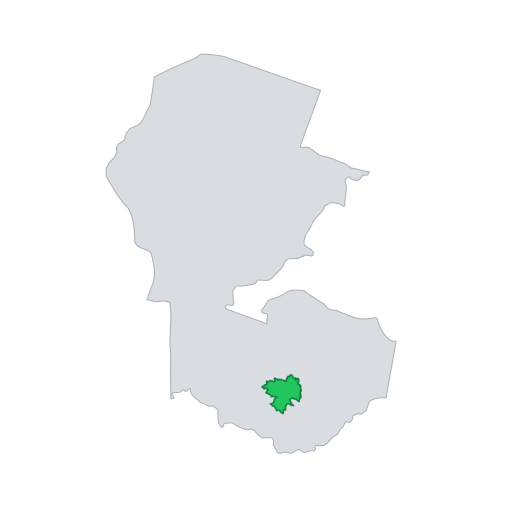 location of Shiwang'Andu, Muchinga, Zambia, rotated 110°
{"feature_id": "96606910B14962040673296", "entity_name": "Shiwang'Andu", "entity_type": "district", "adm_level": 2, "iso_a3": "ZMB", "parent_name": "Zambia", "parent_adm1": "Muchinga", "projection": "robinson", "projection_center": [31.599, -11.088], "detail": "fine", "context": "in_parent", "style": "filled", "palette": "green", "viewbox_px": 512, "rotation_deg": 110, "n_neighbors": 0, "source": "geoboundaries", "source_scale": "gbopen_adm2", "svg_char_len": 9022}
<svg xmlns="http://www.w3.org/2000/svg" viewBox="0 0 512 512"><g transform="rotate(110 256 256)"><path d="M334.3,343.6L314.1,343.6L306.8,345.4L300.8,348.2L293.6,352.5L289.4,355.5L288.3,357.2L287.7,360.9L287.8,366.6L287.1,370.7L284.9,374.4L274.0,378.9L266.9,382.6L259.9,387.0L254.6,392.7L251.0,399.7L245.1,408.4L232.6,423.9L225.3,426.7L219.2,426.1L211.8,422.8L206.0,422.2L201.6,424.2L197.6,423.6L193.9,420.4L190.8,419.2L188.4,420.1L185.2,419.9L179.3,418.1L174.3,412.6L171.5,410.3L169.4,409.5L163.4,408.6L149.5,407.3L135.2,410.0L122.6,412.8L109.6,400.5L97.1,387.5L94.4,384.2L89.7,379.9L86.3,377.7L85.0,376.7L81.5,365.1L79.5,354.4L78.4,252.0L135.1,252.0L138.7,251.5L138.8,250.4L136.2,245.0L136.3,243.0L137.0,239.3L139.4,231.9L139.6,229.4L138.4,221.3L138.4,216.8L139.0,207.7L138.6,204.6L139.9,200.5L140.3,197.8L140.8,196.6L140.2,193.5L139.0,182.7L138.3,178.1L141.7,178.8L142.8,181.0L143.5,183.5L145.0,183.6L149.1,185.1L150.5,187.1L151.4,191.4L150.9,193.6L149.6,195.4L150.9,197.0L153.6,198.1L155.2,197.8L159.8,194.8L163.9,193.7L166.1,192.9L175.5,191.0L177.3,189.9L178.6,189.9L179.6,190.8L178.7,193.9L178.5,196.6L179.7,201.8L180.5,204.2L182.5,205.9L183.9,206.8L185.5,208.7L188.8,208.4L196.0,211.0L198.2,212.2L201.2,213.4L203.3,213.9L210.7,214.8L218.6,216.3L222.6,216.4L225.5,216.0L227.5,215.3L228.7,214.5L229.3,213.7L232.2,203.9L233.7,203.2L235.6,202.7L236.8,203.6L238.1,209.7L243.7,215.3L245.7,220.0L247.1,224.0L248.3,225.1L250.5,226.5L253.9,227.0L257.0,227.1L272.2,234.0L273.9,235.2L275.8,238.9L276.9,243.0L278.1,246.2L280.1,246.9L281.8,247.1L283.6,249.3L284.9,251.3L289.4,259.4L290.0,262.6L292.2,264.7L295.2,265.6L297.9,265.7L299.5,264.8L303.4,263.1L306.4,261.2L308.6,260.6L309.9,261.0L310.9,262.3L311.6,266.3L313.8,267.7L315.4,267.1L316.0,265.5L316.0,264.7L315.9,222.6L314.5,222.9L312.7,224.1L308.7,224.3L307.2,225.2L306.7,226.5L307.0,228.3L307.1,230.6L306.5,231.8L304.7,232.2L302.2,231.3L297.5,230.1L293.7,229.3L290.9,226.2L287.1,221.4L284.7,219.0L278.7,214.1L277.7,213.1L275.9,210.7L274.4,206.8L272.9,202.2L272.1,199.3L273.5,194.9L276.9,180.3L277.7,175.7L280.6,171.1L280.8,167.0L279.6,161.7L279.9,158.8L280.2,142.1L279.4,136.8L277.5,130.9L273.2,122.8L273.2,121.0L279.8,115.7L281.7,113.7L285.2,109.4L287.5,105.8L288.9,102.8L289.4,99.0L288.3,95.4L290.6,94.7L344.9,85.3L345.7,87.8L347.3,91.9L349.2,95.0L351.5,97.7L353.5,99.3L354.8,99.8L363.2,99.6L366.2,101.2L368.8,103.3L369.4,106.5L371.2,108.5L373.0,110.1L373.8,110.3L375.2,109.9L377.4,109.8L379.5,110.5L380.5,111.2L380.6,113.9L381.2,115.1L384.1,115.6L386.9,115.8L389.7,117.6L392.7,117.9L396.2,118.6L397.8,120.6L401.5,122.6L406.1,124.4L411.0,127.4L411.1,128.3L412.0,130.0L412.9,131.3L412.9,133.1L413.4,134.8L414.6,135.2L415.7,135.4L416.7,134.1L418.0,134.2L419.4,134.9L420.0,136.9L421.1,139.6L422.9,141.4L424.2,143.1L423.7,146.3L423.0,149.2L425.5,152.1L428.7,154.8L429.6,156.0L429.8,160.1L430.3,161.5L432.5,164.8L433.6,167.1L433.5,168.4L427.6,175.1L423.9,176.1L422.3,177.5L421.4,178.9L423.7,185.5L425.0,188.1L423.9,191.2L421.6,196.6L420.5,197.1L420.3,201.1L421.0,202.6L422.2,203.8L422.6,206.5L422.5,213.4L421.0,221.2L423.7,227.9L424.6,228.7L428.3,228.7L428.9,229.3L428.0,231.2L425.5,234.2L420.7,236.5L414.0,239.1L412.6,241.6L411.7,245.1L412.4,247.2L413.3,248.4L413.0,251.6L412.4,254.8L412.6,257.4L412.3,259.7L411.4,260.8L410.3,264.3L408.8,267.8L407.7,269.4L406.0,271.0L403.3,272.4L403.3,273.1L406.4,274.7L407.1,275.8L407.4,276.6L406.2,278.3L407.6,279.4L409.3,280.3L410.9,282.6L412.7,286.9L413.0,287.4L413.6,287.4L414.6,286.9L416.4,285.2L417.8,284.5L419.4,287.1L391.2,297.8L384.6,300.0L374.7,303.8L371.5,305.2L368.9,306.6L342.7,315.0L338.6,316.6L329.3,320.9L329.0,321.6L329.1,323.6L329.9,327.6L331.6,331.3L332.9,333.4L333.8,338.8L334.3,343.6Z" fill="#d9dde1" stroke="#a8b0b8" stroke-width="1"/><path d="M394.8,176.9L394.7,176.9L394.6,177.0L394.5,176.8L394.3,176.8L394.2,176.7L394.1,176.8L393.8,176.9L393.6,176.9L393.6,177.0L393.5,176.9L393.3,176.9L393.0,177.0L392.9,177.1L392.7,177.1L392.5,177.3L392.4,177.5L392.4,177.4L392.1,177.4L391.9,177.5L391.6,177.4L391.3,177.3L391.1,177.4L391.0,177.0L390.8,176.9L390.8,176.5L390.7,176.5L390.7,176.3L390.5,176.0L390.6,175.9L390.5,175.6L389.8,175.8L389.6,176.0L389.4,175.9L389.0,175.9L388.7,176.2L388.4,176.3L387.9,176.6L387.6,176.6L387.3,176.8L387.1,176.8L386.8,176.7L386.6,176.7L386.3,176.7L385.7,176.5L385.3,176.5L385.0,176.3L384.6,176.3L384.4,176.2L384.0,175.8L383.8,175.2L383.7,174.6L383.7,173.2L384.1,171.9L384.2,171.5L383.9,169.8L383.7,169.7L383.6,170.1L383.2,170.6L383.2,171.1L382.9,171.4L383.0,171.5L382.9,171.7L382.8,171.9L382.8,172.1L382.6,172.1L382.5,172.4L382.4,172.7L382.0,172.9L381.9,172.9L381.8,173.0L381.5,173.1L381.3,173.2L381.1,173.6L380.8,173.8L380.7,174.0L380.1,174.5L379.9,174.7L379.7,174.8L379.6,175.0L379.4,174.8L379.2,174.8L378.9,174.7L378.1,174.7L377.7,174.1L377.3,173.6L377.3,173.4L376.7,172.2L377.2,171.9L377.3,171.7L377.1,171.0L376.9,168.8L377.4,168.0L377.7,167.2L378.0,166.7L378.1,165.9L377.9,165.7L377.5,165.7L376.9,166.0L375.6,166.0L375.2,166.1L374.8,166.0L374.5,165.7L374.2,165.6L373.9,166.0L373.7,166.0L373.4,166.1L373.2,166.4L373.0,166.5L372.9,166.5L373.0,166.4L372.8,166.2L372.7,166.3L372.5,166.2L372.3,166.3L372.4,166.1L372.2,166.2L371.9,166.1L371.7,166.2L371.8,166.3L371.6,166.4L371.3,166.4L371.2,166.5L371.0,167.0L370.7,166.9L370.8,166.7L370.5,166.9L370.5,167.1L370.4,167.1L370.2,167.3L370.3,167.5L369.5,167.8L368.9,167.5L368.5,167.5L368.2,167.8L368.0,168.2L367.9,168.3L367.7,168.3L367.1,167.5L366.6,167.4L366.3,167.6L366.3,167.9L366.0,168.1L365.9,168.3L365.5,168.7L365.3,168.7L365.1,168.9L364.4,169.0L364.1,169.2L363.9,169.3L363.4,169.3L362.5,169.7L362.5,170.1L362.9,170.3L363.0,170.6L363.0,170.8L362.3,170.6L361.9,170.8L361.8,171.1L362.1,171.8L362.0,172.3L362.2,172.6L361.7,172.9L361.6,173.1L361.2,173.4L360.9,173.6L360.7,173.6L360.6,173.2L360.2,172.9L359.7,173.2L358.8,172.9L357.9,173.3L357.3,173.7L356.9,174.0L356.7,174.3L356.7,174.5L357.0,174.8L357.3,174.9L357.3,175.5L357.5,175.7L357.8,175.2L358.0,175.1L358.5,175.3L359.0,176.0L358.4,176.7L358.2,176.3L357.9,176.2L357.3,176.3L357.1,176.6L357.1,176.9L357.2,177.1L357.9,177.7L358.2,178.1L358.1,178.3L357.9,178.5L357.4,179.1L357.2,179.9L357.1,180.0L356.5,180.4L356.0,181.2L355.6,181.4L355.6,181.6L355.8,181.6L355.8,182.0L355.9,182.4L355.9,182.6L356.1,182.6L356.3,182.8L356.4,182.6L356.4,182.9L356.5,183.2L356.8,183.0L357.1,183.2L357.2,183.3L357.3,183.3L357.3,183.5L357.6,183.7L357.8,183.7L357.8,183.8L357.9,184.0L358.0,184.1L358.4,184.6L358.7,184.5L358.9,184.5L359.0,184.7L359.3,184.8L359.2,184.9L359.3,184.9L359.7,184.8L359.8,184.9L360.0,184.8L360.0,185.0L360.3,184.9L360.5,185.0L360.8,185.1L360.9,185.3L361.1,185.3L361.1,185.2L361.4,185.1L361.5,185.2L361.8,185.1L362.0,185.2L362.3,184.9L362.6,185.2L363.0,185.1L363.0,185.3L363.3,185.3L363.3,185.5L363.4,185.4L363.4,185.6L363.5,185.8L363.4,185.9L363.5,185.8L363.7,186.0L363.8,186.2L363.8,186.5L363.6,186.8L363.6,187.0L363.7,187.3L363.5,187.7L363.5,188.0L363.7,189.0L363.3,189.7L363.3,189.9L363.5,190.1L363.9,192.0L364.0,191.9L364.9,192.3L365.1,192.7L365.1,193.0L364.7,193.7L364.5,194.5L364.6,195.4L364.4,195.9L364.3,196.1L364.2,196.2L364.2,196.3L364.4,196.7L364.9,196.7L365.6,196.2L365.9,196.3L365.9,195.9L366.3,196.0L366.9,195.6L367.4,195.4L367.6,195.4L367.8,195.5L368.0,196.5L368.2,197.0L368.2,197.3L368.0,197.6L368.0,197.9L368.1,198.6L368.0,199.3L368.1,199.6L368.6,200.4L370.5,201.5L369.9,202.6L369.8,203.0L371.3,202.9L371.9,202.3L372.6,202.4L372.8,202.3L372.9,202.2L373.2,202.2L373.3,202.0L373.5,202.5L373.8,202.7L374.0,203.3L374.2,203.5L374.4,204.0L375.2,203.9L375.4,203.9L375.7,203.8L375.9,204.1L376.0,204.1L376.1,204.3L376.3,204.4L376.4,204.5L376.4,204.8L376.2,204.8L376.2,205.0L376.3,205.1L376.2,205.3L376.4,205.5L376.5,205.5L376.8,205.6L376.9,205.4L377.0,205.2L377.2,204.8L377.1,204.6L377.3,204.4L377.5,204.2L377.8,203.8L378.0,203.6L378.0,203.3L377.8,203.2L377.7,202.8L377.8,202.4L377.4,202.0L377.3,201.8L376.9,201.7L376.7,201.5L376.7,201.1L377.3,199.9L377.3,199.5L377.1,199.1L377.3,199.0L377.6,198.9L378.0,199.1L378.2,199.3L379.1,199.6L380.7,199.8L381.1,199.8L381.4,199.3L381.3,199.1L381.1,199.1L380.9,198.7L381.1,198.3L381.2,197.8L381.4,197.2L381.5,196.8L381.4,196.4L381.4,196.2L381.5,195.7L381.8,194.4L382.1,193.8L382.4,193.8L382.8,193.6L382.6,193.5L382.5,193.2L382.1,192.8L381.9,192.7L382.0,192.5L382.3,192.1L382.2,191.7L382.3,191.4L382.0,190.8L381.7,190.5L381.5,190.0L381.5,189.5L381.8,188.7L381.6,187.9L382.2,188.3L382.6,188.8L383.1,188.9L383.2,189.1L383.6,189.3L383.8,189.6L384.6,189.5L385.2,189.7L385.9,189.5L386.3,189.5L386.4,189.3L386.7,189.3L386.9,189.4L387.3,189.4L387.5,189.3L387.9,189.4L388.3,190.1L388.6,190.3L389.0,190.5L389.9,191.2L390.2,191.7L390.3,191.5L390.3,190.8L390.4,190.4L390.6,190.1L390.9,189.8L391.0,189.5L391.2,189.4L391.1,188.9L391.2,188.7L390.9,188.0L390.9,187.9L391.0,187.6L391.5,186.8L391.6,186.4L392.2,186.0L392.6,185.4L394.3,183.7L393.6,182.9L393.3,182.1L393.2,182.0L392.8,181.3L393.1,180.6L393.8,180.2L394.1,179.8L394.2,179.4L394.4,178.9L394.5,178.4L394.6,177.9L394.6,177.5L394.8,176.9Z" fill="#22c55e" stroke="#15803d" stroke-width="1.5"/></g></svg>